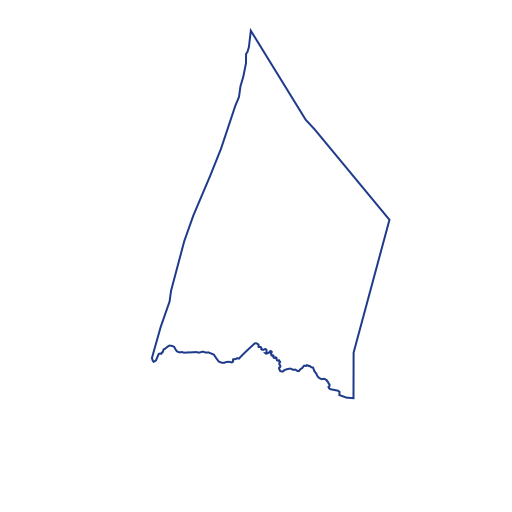 Matagorda, Texas, United States of America (Natural Earth projection), rotated 138°
{"feature_id": "52423323B77931792505034", "entity_name": "Matagorda", "entity_type": "district", "adm_level": 2, "iso_a3": "USA", "parent_name": "United States of America", "parent_adm1": "Texas", "projection": "natural_earth1", "projection_center": [-95.78, 28.81], "detail": "fine", "context": "isolated", "style": "outline", "palette": "blue", "viewbox_px": 512, "rotation_deg": 138, "n_neighbors": 0, "source": "geoboundaries", "source_scale": "gbopen_adm2", "svg_char_len": 2694}
<svg xmlns="http://www.w3.org/2000/svg" viewBox="0 0 512 512"><g transform="rotate(138 256 256)"><path d="M127.7,310.8L127.9,324.1L109.1,426.9L121.5,416.0L125.8,413.4L128.2,412.8L134.4,406.0L145.4,397.8L154.0,392.5L162.2,385.6L171.0,381.4L210.1,359.2L236.1,346.4L275.3,328.1L299.3,315.1L342.4,287.0L350.7,280.0L374.4,267.0L401.8,249.7L401.9,249.0L402.7,247.6L402.9,245.9L400.4,245.3L393.8,248.3L392.7,247.8L392.2,247.1L391.8,246.7L391.3,247.0L390.7,247.3L390.0,246.9L388.9,247.3L387.3,248.4L385.5,247.9L383.9,247.9L382.1,247.7L380.3,247.4L378.5,245.3L377.6,243.2L378.2,240.9L378.4,239.7L378.6,238.2L377.5,235.7L375.2,234.1L374.5,232.7L373.0,231.3L371.2,230.0L369.0,228.0L366.9,226.4L364.4,224.3L363.2,222.4L361.6,221.6L359.4,220.4L358.0,217.9L355.8,216.1L353.3,210.9L354.0,206.2L354.3,202.4L352.8,199.5L351.1,197.9L349.4,197.3L347.1,195.7L346.0,194.3L345.3,193.2L344.4,192.8L343.3,193.2L342.9,194.1L342.0,194.5L341.6,194.0L340.6,193.4L340.0,193.0L338.9,192.8L338.2,192.6L337.8,191.7L337.2,191.1L336.5,191.2L335.7,191.3L332.6,191.5L328.6,191.7L324.5,191.8L315.3,191.9L314.0,190.7L313.4,188.5L314.4,187.4L314.8,187.1L314.9,186.5L314.1,186.0L313.5,185.5L313.4,184.7L313.7,184.0L313.9,183.4L314.0,183.6L314.4,183.4L314.4,182.6L313.9,182.2L313.3,181.3L312.0,181.0L311.1,180.4L311.0,179.4L312.2,177.7L312.6,176.9L313.2,177.0L314.0,177.6L313.9,176.7L313.0,176.2L311.3,175.6L310.4,175.4L309.7,175.8L308.7,175.6L308.5,174.8L308.5,174.1L309.1,173.9L309.1,174.1L309.3,174.5L309.9,174.4L310.3,173.2L310.4,171.7L310.9,171.6L310.4,170.7L309.7,170.4L310.0,169.6L310.6,169.5L310.9,168.7L310.6,167.8L309.6,167.2L309.2,167.4L308.9,166.7L309.2,166.2L309.8,165.5L310.2,164.5L309.9,164.2L309.5,163.1L308.7,163.1L308.8,162.2L308.8,161.7L309.1,161.0L309.8,161.0L310.8,160.5L311.2,159.6L311.2,158.8L311.5,157.8L312.6,157.3L313.4,157.6L314.4,156.6L314.6,155.4L315.0,154.3L314.5,153.5L313.6,152.3L312.7,152.1L311.6,152.3L309.4,151.5L307.4,150.4L306.3,149.7L305.6,149.0L305.2,148.1L304.7,146.9L304.0,146.0L303.0,145.5L302.6,144.7L302.3,143.3L301.6,142.1L300.9,141.7L299.7,142.1L298.0,142.1L296.9,141.8L294.5,142.2L293.6,142.3L292.9,141.5L292.5,140.8L291.8,140.6L291.4,140.9L290.7,140.1L290.4,138.9L289.8,138.6L289.5,137.8L289.6,137.3L288.9,135.6L288.4,135.2L288.4,134.4L288.9,133.4L289.3,132.2L289.7,131.6L289.6,130.8L289.9,129.7L289.8,128.2L290.6,126.5L290.8,124.7L290.6,122.9L290.1,121.6L289.6,120.6L288.8,119.9L287.4,119.1L287.0,117.7L286.5,116.6L287.0,115.4L286.7,113.9L287.4,112.7L287.3,111.3L287.8,110.8L288.8,110.0L289.7,110.2L290.0,109.5L290.2,108.7L290.0,107.5L285.2,101.0L284.8,99.2L287.1,96.9L283.6,90.3L278.7,85.1L248.1,118.9L132.6,193.6L127.7,310.8Z" fill="none" stroke="#1e3a8a" stroke-width="2"/></g></svg>